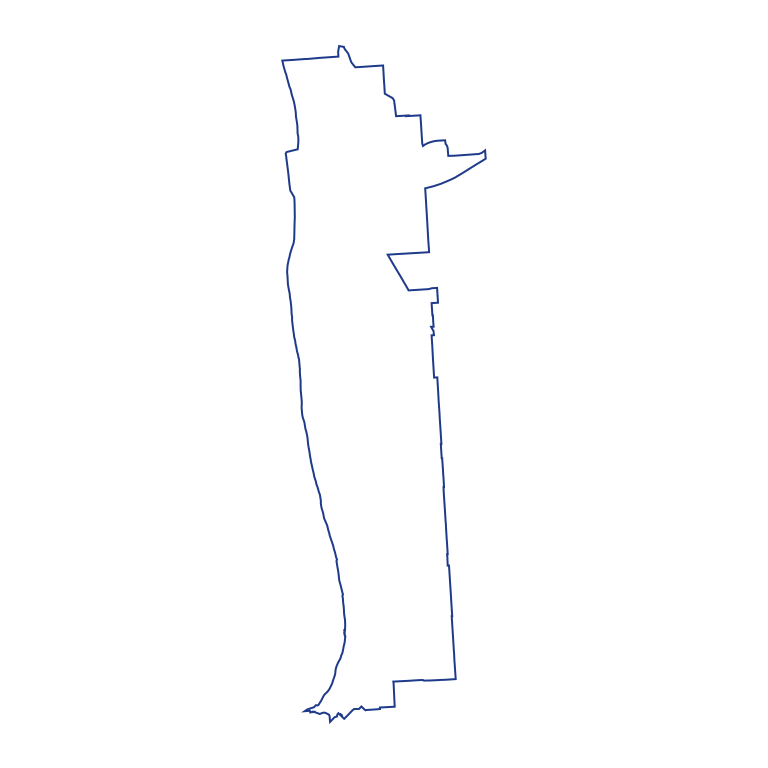 outline of Holdfast Bay, South Australia, Australia
{"feature_id": "25037944B39543590028882", "entity_name": "Holdfast Bay", "entity_type": "district", "adm_level": 2, "iso_a3": "AUS", "parent_name": "Australia", "parent_adm1": "South Australia", "projection": "mercator", "projection_center": [138.52, -35.002], "detail": "fine", "context": "isolated", "style": "outline", "palette": "blue", "viewbox_px": 768, "rotation_deg": 0, "n_neighbors": 0, "source": "geoboundaries", "source_scale": "gbopen_adm2", "svg_char_len": 5669}
<svg xmlns="http://www.w3.org/2000/svg" viewBox="0 0 768 768"><path d="M282.3,60.6L283.4,65.5L285.3,72.2L286.1,74.1L286.9,77.4L289.6,87.2L290.6,89.4L291.6,94.1L293.8,101.2L294.7,105.6L295.5,110.4L295.8,112.9L295.9,115.2L296.0,116.9L297.0,122.7L297.3,125.1L297.4,126.8L297.6,133.4L298.2,136.4L298.4,139.5L298.3,142.8L297.7,149.3L286.7,152.0L286.3,152.4L285.8,153.4L285.8,154.2L285.9,155.1L286.1,155.9L286.2,156.7L286.4,157.6L286.3,158.5L286.5,159.0L286.6,159.5L286.6,160.0L288.1,171.6L288.8,178.1L289.4,184.0L290.3,190.6L294.2,197.1L294.4,198.9L294.6,203.7L294.8,217.8L294.6,221.7L294.3,235.8L294.2,239.4L294.0,240.2L293.6,243.2L291.9,247.9L290.1,253.8L289.3,257.8L288.8,259.2L287.5,265.7L287.1,272.2L287.5,276.4L287.9,284.2L288.2,286.0L288.6,288.2L289.0,290.5L289.2,291.2L289.7,293.8L289.9,296.5L290.0,297.8L290.6,300.8L290.8,302.7L291.3,307.1L291.6,313.6L291.6,313.8L292.1,317.1L292.1,321.0L292.3,322.1L293.1,329.2L293.7,333.0L294.2,337.0L295.0,340.1L295.2,341.0L295.5,343.6L296.5,348.0L296.9,350.8L297.0,351.3L298.0,354.8L298.5,357.7L299.0,359.0L299.7,367.5L299.9,368.6L299.9,369.5L299.8,371.2L300.1,376.2L300.6,380.5L300.6,384.4L300.7,390.2L301.8,401.8L301.7,404.9L301.6,407.9L302.2,414.6L302.8,417.6L304.4,422.3L304.6,423.7L305.5,429.2L305.7,429.7L306.2,431.2L306.8,434.1L306.9,434.5L307.5,437.8L307.9,441.9L308.1,444.1L308.5,446.7L309.5,452.2L309.9,455.0L310.4,458.2L310.7,459.2L310.9,461.4L311.4,463.5L312.8,469.9L313.5,472.6L314.3,476.7L314.3,476.8L315.8,481.3L315.9,481.5L316.5,484.7L317.2,486.1L317.3,486.5L318.2,489.4L318.7,491.5L319.9,494.7L320.7,499.8L320.9,501.4L320.8,503.0L321.1,505.4L321.7,508.6L322.5,511.0L323.1,513.0L324.0,517.8L324.1,518.3L327.2,525.5L328.1,529.3L328.2,529.9L329.2,533.0L329.4,534.0L329.8,535.9L330.3,537.2L332.5,543.7L333.1,545.3L333.8,548.6L335.1,552.7L336.2,557.6L336.7,558.7L336.9,559.2L337.0,559.8L336.6,560.4L336.5,561.3L337.4,566.8L338.3,571.9L339.3,580.8L339.4,581.0L340.6,585.2L340.8,586.1L342.0,590.9L342.4,592.7L342.9,594.1L343.0,594.3L343.0,594.5L342.5,595.4L342.4,596.1L342.8,597.7L343.3,604.0L343.7,606.4L344.0,611.6L344.1,613.9L345.0,620.1L345.1,622.1L345.2,625.5L345.0,630.1L344.3,630.1L344.4,631.2L344.7,631.2L344.7,633.0L344.3,633.0L344.4,633.7L344.5,634.6L344.8,634.6L345.0,636.2L345.3,636.3L344.6,642.8L344.3,643.9L343.6,646.7L343.3,648.7L342.6,652.0L342.2,653.5L341.4,655.0L341.1,656.1L340.4,658.5L338.1,662.6L338.0,662.9L336.8,665.5L335.7,669.1L335.1,674.5L332.8,681.2L332.1,683.6L329.4,689.1L328.1,690.9L328.0,691.1L325.8,693.4L325.0,694.0L323.9,695.4L323.5,696.1L321.1,700.8L319.3,703.6L318.6,704.8L317.8,705.4L316.2,705.2L315.9,705.2L314.0,707.2L313.3,707.5L310.2,708.4L307.0,709.6L304.7,711.2L308.5,710.9L309.9,710.8L310.3,712.5L312.8,711.6L313.0,712.1L314.8,711.8L314.9,712.2L319.7,714.0L322.8,712.8L324.1,712.6L325.4,712.9L326.5,713.4L327.7,714.0L328.9,714.6L329.6,716.1L329.9,720.1L330.1,721.9L334.5,717.3L335.3,717.0L336.2,716.7L337.0,716.5L337.1,715.5L337.3,714.7L337.7,714.0L338.4,713.2L340.1,714.9L340.7,714.2L341.9,715.3L341.3,716.0L344.2,718.8L347.4,715.6L352.5,710.3L353.3,709.7L353.9,709.1L356.5,709.0L359.1,708.9L361.4,706.5L364.7,709.7L365.4,710.3L366.3,710.0L371.4,709.7L379.3,709.1L380.0,709.0L379.9,707.5L383.9,707.3L394.7,706.7L394.4,700.5L393.6,683.4L393.3,681.6L408.8,680.8L419.3,680.1L422.9,680.0L423.8,680.6L429.4,680.5L434.2,680.3L438.0,680.1L441.3,679.9L444.9,679.8L455.7,679.1L454.8,665.8L454.4,660.2L454.1,653.9L453.7,648.4L453.4,642.9L452.8,633.6L451.7,616.2L452.2,616.2L451.5,605.2L451.0,597.0L450.5,588.9L450.0,581.2L449.0,565.5L447.7,565.6L447.4,557.8L447.1,554.2L447.7,554.2L447.1,544.7L447.0,542.3L446.9,541.7L446.2,530.8L445.8,523.3L445.7,522.3L445.6,521.4L444.8,508.2L444.8,507.6L444.7,507.0L443.9,494.8L443.9,494.2L443.8,493.6L443.5,487.1L444.0,487.1L444.0,486.4L443.3,475.1L443.2,474.7L443.0,470.3L442.4,461.7L442.3,460.4L442.2,458.9L442.2,458.2L441.7,458.2L440.8,443.9L441.4,443.9L440.4,428.0L439.9,420.5L439.7,417.5L439.5,413.2L438.7,401.7L438.2,392.6L437.7,384.3L437.3,377.4L434.1,377.6L433.8,372.4L433.1,361.1L433.0,360.5L433.0,359.9L432.2,344.3L432.1,343.8L432.1,343.2L431.6,335.3L434.0,335.2L433.4,330.6L432.6,329.5L431.1,326.8L433.6,326.7L433.4,323.6L433.3,322.9L432.9,315.4L432.4,315.4L431.6,303.1L438.0,302.7L438.0,302.3L437.6,296.3L437.6,295.7L437.5,295.1L437.1,287.9L432.0,288.2L428.8,289.1L424.3,289.4L408.6,290.4L407.8,288.9L405.5,284.9L403.6,281.7L401.5,278.0L399.1,274.0L397.4,271.2L393.3,264.3L389.6,258.0L388.8,256.6L387.7,254.7L388.8,254.6L396.7,254.1L410.5,253.3L429.1,252.2L428.8,247.0L428.7,246.5L428.2,239.0L428.2,238.1L428.1,237.3L427.3,223.0L425.2,188.3L426.2,188.1L426.7,188.0L426.9,187.9L434.0,186.1L435.1,185.7L441.2,183.7L441.7,183.5L442.8,183.0L448.8,180.5L451.7,179.2L455.0,177.6L456.0,177.0L457.4,176.1L461.2,173.9L470.9,167.8L474.0,165.9L475.7,164.8L482.3,160.8L485.7,158.7L485.2,152.1L485.1,150.4L481.7,152.9L478.8,154.0L474.2,154.3L468.8,154.7L454.6,155.7L448.3,155.9L447.9,151.3L447.7,148.4L447.4,146.9L446.7,145.3L445.6,143.9L445.1,140.3L437.9,140.7L436.7,140.8L433.6,141.3L430.6,142.1L427.9,143.1L425.5,144.3L425.0,144.5L423.0,146.0L422.2,143.5L422.2,142.8L421.9,138.2L421.6,133.3L421.4,130.5L420.9,122.3L420.8,120.5L420.4,115.7L420.4,115.3L412.4,115.8L407.1,116.1L407.7,115.5L405.8,115.6L397.6,116.1L396.1,116.2L394.9,106.7L394.4,102.9L394.1,100.4L392.7,98.2L384.8,93.7L384.3,85.3L384.1,82.8L383.8,77.9L383.5,72.3L383.2,67.3L383.1,65.5L373.4,66.1L363.2,66.8L355.3,67.3L351.7,62.8L351.1,61.8L348.8,55.2L348.2,53.5L344.9,49.3L344.0,47.5L343.9,46.9L339.1,46.1L338.1,52.1L338.4,56.0L338.4,56.6L319.3,57.9L315.0,58.3L307.0,59.0L305.8,59.0L305.1,59.0L293.2,59.9L284.9,60.4L282.3,60.6Z" fill="none" stroke="#1e3a8a" stroke-width="2"/></svg>